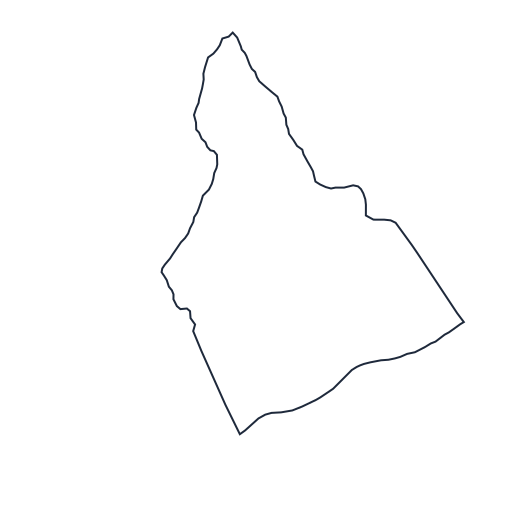 São Jorge do Patrocínio, Paraná, Brazil (Robinson projection), rotated 229°
{"feature_id": "56859067B61124887275207", "entity_name": "São Jorge do Patrocínio", "entity_type": "district", "adm_level": 2, "iso_a3": "BRA", "parent_name": "Brazil", "parent_adm1": "Paraná", "projection": "robinson", "projection_center": [-53.907, -23.723], "detail": "fine", "context": "isolated", "style": "outline", "palette": "slate", "viewbox_px": 512, "rotation_deg": 229, "n_neighbors": 0, "source": "geoboundaries", "source_scale": "gbopen_adm2", "svg_char_len": 1868}
<svg xmlns="http://www.w3.org/2000/svg" viewBox="0 0 512 512"><g transform="rotate(229 256 256)"><path d="M439.9,385.0L439.5,379.3L442.2,373.3L438.8,366.9L437.5,362.1L436.7,356.6L437.3,350.1L432.0,341.5L428.1,335.9L423.5,332.3L420.4,328.5L417.8,325.2L411.8,316.1L409.2,313.1L407.0,308.3L403.1,301.7L396.1,298.3L390.6,293.8L386.5,294.0L380.1,291.9L375.0,292.5L370.4,290.8L365.7,290.9L362.8,293.0L358.0,292.9L350.6,286.9L348.3,283.9L346.0,278.9L342.1,274.2L339.4,269.9L337.0,264.0L336.4,255.5L333.1,250.4L329.8,244.6L327.3,240.0L325.9,234.8L322.8,231.0L320.2,224.4L317.5,219.6L316.1,214.2L315.6,208.3L313.5,200.4L311.9,194.2L310.5,189.5L309.9,185.5L309.3,181.6L308.1,177.1L305.7,174.1L302.0,173.7L296.3,172.8L290.0,170.1L285.3,170.0L281.2,168.6L277.5,165.3L270.1,163.4L265.5,164.1L261.7,169.4L257.6,170.0L252.0,165.8L244.3,165.1L240.5,159.3L234.8,157.4L220.2,152.5L163.8,135.3L142.3,129.6L132.1,126.9L131.5,133.3L131.8,151.3L130.2,158.9L127.4,164.8L121.5,172.4L115.6,182.1L112.1,192.1L108.0,207.0L107.1,211.7L105.2,227.1L107.1,253.6L106.2,259.2L105.1,263.0L103.7,266.7L100.7,272.6L95.3,281.9L90.8,287.9L87.6,293.6L85.2,298.7L83.0,305.8L79.1,312.8L76.4,323.9L75.3,330.6L73.6,335.3L72.9,346.7L71.8,351.5L70.5,365.5L69.8,369.5L80.8,370.3L152.5,379.7L162.0,380.8L189.5,383.2L194.6,381.0L199.3,376.6L206.4,368.5L214.5,365.5L222.6,372.6L227.1,375.7L232.9,378.1L237.6,379.1L241.6,378.7L245.6,375.7L249.8,367.4L255.4,361.0L257.7,356.9L262.2,353.9L267.9,351.3L273.2,349.7L279.0,352.7L282.5,354.6L286.9,355.6L293.7,356.9L301.6,358.6L305.9,360.7L312.2,359.2L319.1,360.3L326.5,361.0L330.7,363.6L335.1,365.0L340.9,369.3L345.4,370.3L351.9,373.4L357.6,374.9L362.2,376.7L369.2,375.5L377.8,374.2L385.7,373.1L390.4,374.0L395.5,376.1L399.9,375.6L404.7,376.8L413.2,380.0L416.7,380.8L421.1,380.6L424.2,382.1L433.2,385.1L439.9,385.0Z" fill="none" stroke="#1e293b" stroke-width="2"/></g></svg>